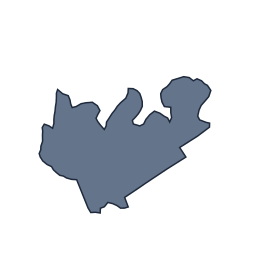 Arvoredo, Santa Catarina, Brazil (orthographic projection), rotated 60°
{"feature_id": "56859067B69184854266350", "entity_name": "Arvoredo", "entity_type": "district", "adm_level": 2, "iso_a3": "BRA", "parent_name": "Brazil", "parent_adm1": "Santa Catarina", "projection": "orthographic", "projection_center": [-52.454, -27.062], "detail": "fine", "context": "isolated", "style": "filled", "palette": "slate", "viewbox_px": 256, "rotation_deg": 60, "n_neighbors": 0, "source": "geoboundaries", "source_scale": "gbopen_adm2", "svg_char_len": 1602}
<svg xmlns="http://www.w3.org/2000/svg" viewBox="0 0 256 256"><g transform="rotate(60 128 128)"><path d="M164.6,54.9L162.1,57.6L156.8,61.9L152.6,61.7L147.9,57.4L145.0,53.3L142.9,47.1L141.2,42.4L136.9,37.5L130.8,37.9L127.9,39.7L123.9,40.7L119.9,43.6L119.8,47.8L114.9,49.8L111.4,54.1L110.0,60.3L108.7,65.9L110.6,70.0L111.7,73.5L112.1,78.8L114.6,82.5L118.4,84.3L122.7,85.6L127.6,85.8L131.4,80.6L136.2,83.3L140.8,85.0L143.6,88.9L139.1,88.7L136.1,90.7L131.1,93.0L126.6,96.7L127.4,102.5L129.5,108.2L132.4,112.5L132.1,116.7L127.2,121.4L123.6,120.4L122.3,116.0L120.9,112.1L119.0,108.4L116.4,104.8L112.1,102.4L107.5,101.2L104.0,100.6L100.2,101.5L96.5,103.9L93.9,108.0L97.6,110.4L101.1,115.0L102.4,121.7L103.9,126.5L105.9,130.4L107.5,134.6L109.9,139.2L112.1,143.6L115.4,146.0L117.4,149.3L111.9,150.4L107.2,151.0L103.6,150.8L101.4,147.7L98.9,143.6L93.4,143.4L87.9,146.0L85.2,151.6L83.5,156.5L83.5,162.1L82.4,166.1L78.5,165.6L74.7,164.2L70.1,163.6L65.6,167.5L59.5,169.7L62.1,172.6L65.7,174.7L69.9,177.4L73.3,180.2L77.1,182.9L80.4,185.7L83.7,188.0L87.0,189.9L90.5,193.4L86.6,195.4L82.8,198.6L84.8,202.1L88.0,203.4L91.5,205.7L96.8,208.6L100.2,212.5L103.2,214.4L105.7,217.7L109.2,218.5L113.9,218.3L119.2,216.3L123.2,213.5L126.9,213.5L130.8,212.3L134.9,210.7L137.3,208.0L140.6,206.2L144.3,202.5L147.1,198.3L177.4,202.6L182.6,202.5L184.7,198.3L187.7,194.6L183.7,192.0L184.4,187.8L182.4,182.7L185.9,179.0L189.7,176.3L193.7,174.5L195.6,171.1L196.5,167.3L186.4,165.6L185.2,147.5L184.7,141.7L183.0,115.0L182.1,92.4L170.7,93.0L169.8,71.8L168.0,57.0L164.6,54.9Z" fill="#64748b" stroke="#1e293b" stroke-width="1.5"/></g></svg>